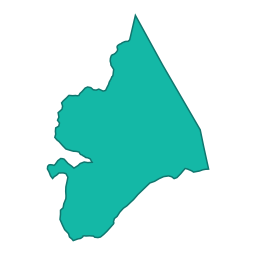 San Pedro Ocotepec, Oaxaca, Mexico
{"feature_id": "50627088B407128365288", "entity_name": "San Pedro Ocotepec", "entity_type": "district", "adm_level": 2, "iso_a3": "MEX", "parent_name": "Mexico", "parent_adm1": "Oaxaca", "projection": "equal_earth", "projection_center": [-95.854, 16.976], "detail": "fine", "context": "isolated", "style": "filled", "palette": "teal", "viewbox_px": 256, "rotation_deg": 0, "n_neighbors": 0, "source": "geoboundaries", "source_scale": "gbopen_adm2", "svg_char_len": 2166}
<svg xmlns="http://www.w3.org/2000/svg" viewBox="0 0 256 256"><path d="M68.2,96.1L66.6,97.8L63.3,100.8L61.6,102.9L62.6,106.1L62.0,109.2L58.1,112.7L58.9,117.2L57.5,120.2L59.5,123.0L58.7,126.2L55.7,127.9L55.4,131.3L55.7,134.2L54.8,137.4L57.0,140.0L59.1,141.6L62.7,145.7L65.9,149.0L70.1,150.3L73.3,151.2L76.3,151.4L79.0,152.0L79.9,153.6L80.5,154.4L81.5,154.8L82.4,155.2L83.3,156.0L84.5,156.4L85.4,157.4L88.1,157.9L90.2,158.9L92.1,162.3L87.8,162.6L84.2,162.0L80.2,163.5L78.0,165.6L73.9,168.1L71.6,166.1L68.0,163.5L64.2,159.2L62.7,158.7L60.7,158.5L57.8,160.7L55.6,163.8L55.1,164.5L54.0,165.4L52.9,165.0L50.5,164.7L49.0,164.9L47.7,166.3L47.4,168.9L49.0,171.8L50.6,175.9L52.6,178.5L54.2,176.7L56.8,175.0L58.9,173.0L63.2,172.9L65.9,173.6L67.9,177.2L67.0,181.7L65.9,186.8L65.7,191.3L66.0,195.7L65.9,198.6L63.8,203.8L63.1,207.8L60.5,210.2L60.5,214.3L60.0,219.4L62.6,225.4L64.7,229.7L68.5,233.6L69.5,237.0L71.0,238.3L71.8,238.9L73.2,240.6L77.9,238.9L80.6,238.4L82.7,236.9L83.0,236.1L84.3,235.8L85.9,236.0L89.6,235.8L93.5,236.1L94.7,237.2L97.9,237.6L100.5,237.0L103.7,234.4L107.0,231.2L113.4,224.0L113.9,222.9L113.4,222.1L114.4,218.5L117.1,216.4L119.6,212.4L121.3,210.5L123.4,208.2L126.8,205.9L130.9,202.0L133.5,199.6L137.8,194.6L149.8,183.0L154.6,181.3L159.2,178.6L163.7,176.6L168.6,175.9L171.6,176.7L174.1,178.6L176.9,177.6L180.7,173.7L182.6,171.4L185.1,168.5L187.4,169.0L191.4,170.7L193.6,172.1L199.4,171.0L202.7,169.8L205.3,169.3L208.6,169.1L206.2,158.2L203.7,146.8L203.1,143.9L200.2,129.8L162.7,65.2L161.5,63.0L135.4,15.4L129.7,39.8L128.2,41.3L126.4,41.4L125.2,41.5L123.7,42.1L122.8,42.5L122.1,42.8L121.2,43.6L119.4,44.3L117.9,45.4L117.3,46.1L117.1,46.6L117.1,47.3L117.2,48.0L117.5,48.5L117.6,49.5L117.4,50.6L116.8,51.6L116.0,52.5L115.3,53.3L113.6,54.4L112.6,54.7L111.9,55.1L111.5,55.4L111.2,56.1L110.9,56.8L110.4,58.4L110.2,61.1L110.7,63.0L111.0,65.2L113.7,69.4L113.4,71.7L113.0,75.1L112.6,76.2L111.9,76.7L111.0,78.9L109.3,82.0L108.5,84.6L107.4,86.7L105.6,90.4L103.1,91.1L98.8,89.1L96.2,90.1L93.3,89.8L90.8,87.6L87.6,87.0L85.1,88.1L82.0,91.6L80.0,93.4L78.9,95.4L77.3,95.8L75.7,95.5L72.7,95.7L69.0,95.4L68.2,96.1Z" fill="#14b8a6" stroke="#0f766e" stroke-width="1.5"/></svg>